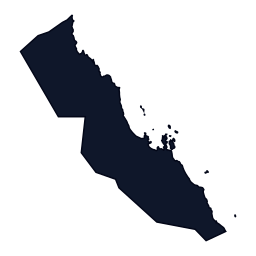 the district of Central Bougainville District, North Solomons, Papua New Guinea
{"feature_id": "67681753B39357341288048", "entity_name": "Central Bougainville District", "entity_type": "district", "adm_level": 2, "iso_a3": "PNG", "parent_name": "Papua New Guinea", "parent_adm1": "North Solomons", "projection": "equal_earth", "projection_center": [155.551, -6.136], "detail": "fine", "context": "isolated", "style": "filled", "palette": "ink", "viewbox_px": 256, "rotation_deg": 0, "n_neighbors": 0, "source": "geoboundaries", "source_scale": "gbopen_adm2", "svg_char_len": 5838}
<svg xmlns="http://www.w3.org/2000/svg" viewBox="0 0 256 256"><path d="M225.7,231.4L225.0,230.3L224.1,228.4L223.5,227.6L221.0,225.7L219.1,224.1L217.3,223.0L216.8,222.5L216.3,221.3L216.1,221.5L216.4,222.4L216.3,223.5L216.2,222.8L215.5,221.2L214.8,220.7L213.6,219.6L212.8,218.4L212.5,217.5L211.7,213.3L212.0,212.0L212.0,211.2L211.8,210.9L211.4,210.6L211.0,210.0L211.0,209.0L210.6,208.2L210.0,208.0L209.3,207.9L209.1,207.7L208.8,207.0L208.8,206.3L208.5,205.6L207.0,202.9L206.9,202.5L207.2,201.7L207.1,201.0L206.7,199.8L206.4,199.2L205.4,198.5L204.8,197.5L204.1,195.5L203.3,192.6L203.2,191.1L203.5,190.3L203.8,189.8L203.8,189.5L202.9,188.2L202.6,187.8L202.1,187.6L201.4,187.5L201.0,187.3L199.3,187.2L198.4,186.8L197.7,185.8L197.2,185.5L194.7,185.0L193.9,184.5L191.0,182.1L189.5,180.0L189.4,179.1L187.5,176.6L185.5,173.4L184.0,170.5L182.6,166.9L182.6,166.5L182.2,165.5L181.8,165.0L181.2,164.8L180.7,164.3L179.9,162.6L179.2,161.7L178.2,161.6L176.9,160.6L176.3,160.6L175.6,161.0L175.1,160.8L174.4,160.3L173.9,159.4L172.8,158.1L172.3,156.5L172.0,153.7L171.5,151.3L171.1,150.7L170.8,150.5L170.2,150.7L168.8,150.1L168.0,150.3L167.6,149.8L166.7,149.7L166.2,149.1L166.1,148.7L166.9,147.2L166.8,146.6L165.9,144.7L165.8,144.0L166.0,143.5L166.2,143.1L166.9,142.9L167.1,142.4L167.1,141.8L166.9,141.7L166.5,141.8L166.1,141.8L165.8,141.4L165.5,139.1L165.7,138.7L166.0,138.7L166.6,139.1L166.9,138.6L166.9,138.2L166.6,137.2L165.3,135.7L165.2,135.5L164.9,135.5L164.7,135.7L164.5,137.2L164.1,137.7L163.9,137.7L163.6,137.3L162.9,135.8L162.6,135.9L162.7,136.8L162.4,138.3L162.6,139.1L162.6,139.4L162.3,139.8L161.8,140.2L161.7,140.6L162.2,141.3L162.4,142.0L163.0,142.7L163.3,143.5L164.6,144.9L164.7,145.8L164.1,146.9L163.8,146.9L163.6,147.0L163.6,147.8L163.9,148.1L164.2,148.3L164.4,148.7L164.4,149.2L163.8,150.0L163.5,150.1L163.1,149.6L162.4,149.4L161.4,148.8L159.6,149.0L159.1,148.4L158.4,146.9L158.0,146.9L157.4,147.5L157.3,148.4L157.5,149.0L157.5,149.4L157.4,149.8L156.9,150.3L156.5,150.6L155.6,150.4L154.7,149.9L154.1,149.7L153.2,149.6L151.0,148.5L149.5,147.3L148.9,146.6L148.3,145.3L148.1,144.2L148.3,143.8L148.8,143.7L150.6,142.9L150.9,142.7L151.1,142.2L151.1,141.9L150.8,141.7L150.4,142.2L150.0,142.3L148.2,141.7L148.0,141.3L147.8,140.2L148.0,139.9L148.5,139.7L148.7,139.1L148.1,138.5L148.1,137.9L148.3,136.9L147.9,136.5L146.4,136.0L145.9,135.5L145.5,134.9L145.7,133.4L145.6,133.2L144.8,132.9L144.6,133.1L145.0,134.1L145.0,135.1L144.3,136.0L144.3,136.4L144.5,136.7L144.6,137.5L144.2,138.1L142.2,138.6L140.7,138.5L140.2,138.1L136.3,136.3L135.6,135.8L132.4,132.5L130.2,129.7L129.5,128.6L129.1,127.6L128.9,126.4L128.6,125.5L127.6,123.7L126.8,121.5L123.9,116.8L123.3,116.0L123.1,115.2L123.6,114.2L123.3,112.5L122.7,111.2L122.7,109.9L121.7,108.5L121.4,107.6L121.4,106.6L121.1,105.3L120.1,103.2L119.8,102.1L119.8,101.3L120.2,99.8L120.2,99.3L119.7,97.4L119.4,94.6L119.4,92.4L119.1,90.0L119.1,89.3L119.3,88.6L119.6,87.8L119.5,87.6L117.6,87.5L116.5,87.0L115.3,86.2L114.9,85.6L114.7,85.1L114.7,84.7L114.5,83.9L114.0,83.3L112.8,83.1L112.4,82.8L111.9,82.1L111.6,81.3L111.3,79.7L111.1,79.0L110.7,78.3L110.5,77.0L109.5,75.9L108.7,75.3L107.4,75.0L106.5,75.1L104.8,76.2L103.8,76.2L103.3,76.7L102.4,77.0L101.8,77.0L100.8,76.2L100.0,73.9L99.9,73.0L100.1,72.5L100.0,72.1L99.5,71.8L99.0,71.0L99.0,68.5L98.6,68.0L98.1,66.8L97.5,65.9L97.1,65.5L95.3,65.7L94.5,64.4L94.1,62.1L93.5,60.9L93.5,60.0L93.4,59.8L92.9,60.3L92.8,60.8L93.6,62.0L93.7,62.5L93.3,62.5L92.4,61.2L92.4,60.6L92.5,60.5L92.3,60.0L91.7,60.0L91.5,59.9L90.4,58.6L89.5,58.1L87.9,56.7L87.4,55.3L87.1,54.9L86.7,54.7L85.6,55.2L85.2,55.2L84.3,54.6L84.4,53.9L83.8,52.5L83.6,51.6L83.5,51.1L83.0,50.5L82.8,50.6L82.4,52.0L82.0,52.7L81.2,53.6L80.4,53.8L80.0,54.5L79.1,54.1L78.5,53.2L77.8,52.6L77.5,52.0L76.9,51.5L76.6,50.2L76.2,49.3L76.4,48.4L75.9,47.8L75.0,46.0L75.1,45.0L76.5,43.0L76.6,42.6L76.5,42.1L75.9,41.3L74.8,40.6L74.5,40.2L74.1,38.8L73.9,37.6L73.2,35.6L72.5,35.2L71.8,34.1L72.2,32.8L72.9,31.8L73.1,31.4L73.1,29.8L73.0,29.3L72.3,28.5L72.3,28.0L71.9,26.8L71.8,26.3L72.1,25.5L72.8,22.0L73.7,21.2L73.7,20.8L73.2,20.7L72.5,19.7L72.2,19.0L72.0,17.2L72.0,16.7L72.3,15.8L72.3,15.5L72.2,15.4L71.8,15.4L71.4,15.9L71.0,16.2L67.1,20.0L62.5,22.4L48.8,32.0L38.1,35.7L20.5,51.5L58.4,116.7L85.3,116.7L81.3,152.7L96.0,172.3L115.6,179.2L119.0,187.8L156.8,222.0L195.2,229.3L206.1,240.6L224.9,231.8L224.3,231.1L224.7,231.0L224.9,231.4L225.2,231.4L225.4,231.5L225.7,231.4ZM172.4,141.1L172.1,140.8L170.7,140.1L170.6,141.2L170.3,141.6L170.1,141.6L169.5,141.2L169.3,141.4L169.4,142.0L169.3,143.8L169.9,144.5L170.6,146.2L170.5,148.1L171.1,148.9L171.9,149.4L172.3,149.2L173.3,148.3L173.9,148.2L174.3,148.0L174.6,147.6L174.8,147.1L174.6,146.3L174.3,146.1L173.9,145.5L173.8,144.1L173.4,143.1L172.8,142.6L172.5,142.1L172.4,141.1ZM170.1,128.2L170.2,127.9L170.1,126.4L169.8,125.9L169.2,125.4L168.6,125.4L168.4,126.1L168.8,127.1L169.1,127.3L169.4,128.0L170.1,128.2ZM174.7,141.1L174.7,140.1L174.2,139.1L173.5,138.5L173.3,138.6L172.9,139.3L172.8,140.1L173.2,140.5L173.9,140.7L174.3,141.4L174.5,141.4L174.7,141.1ZM177.5,132.7L177.6,132.2L176.8,131.6L175.7,131.3L175.5,131.0L175.1,131.2L175.3,131.9L176.1,132.6L177.1,132.9L177.5,132.7ZM208.1,172.2L208.1,171.9L207.4,171.0L207.0,170.9L206.9,171.2L207.2,171.9L207.9,172.3L208.1,172.2ZM235.5,216.5L235.5,215.9L235.1,215.1L234.9,215.2L235.0,216.2L235.3,216.6L235.5,216.5ZM143.8,109.7L143.6,109.3L142.9,109.1L143.7,110.7L143.8,109.7ZM205.8,173.0L206.1,172.7L205.8,172.3L205.3,172.3L205.1,172.7L205.4,173.0L205.8,173.0ZM166.3,134.9L166.7,134.5L166.7,134.3L165.7,134.3L165.6,134.7L166.0,135.0L166.3,134.9ZM141.2,106.6L140.9,106.2L140.7,106.5L140.8,107.2L141.2,107.5L141.2,106.6ZM170.5,136.3L170.6,135.9L169.7,135.8L169.6,136.0L169.8,136.2L170.5,136.3ZM144.7,114.6L144.2,113.8L144.6,115.6L144.7,114.6ZM153.3,129.5L152.9,129.0L153.3,130.1L153.3,129.5Z" fill="#0f172a" stroke="#020617" stroke-width="1.5"/></svg>